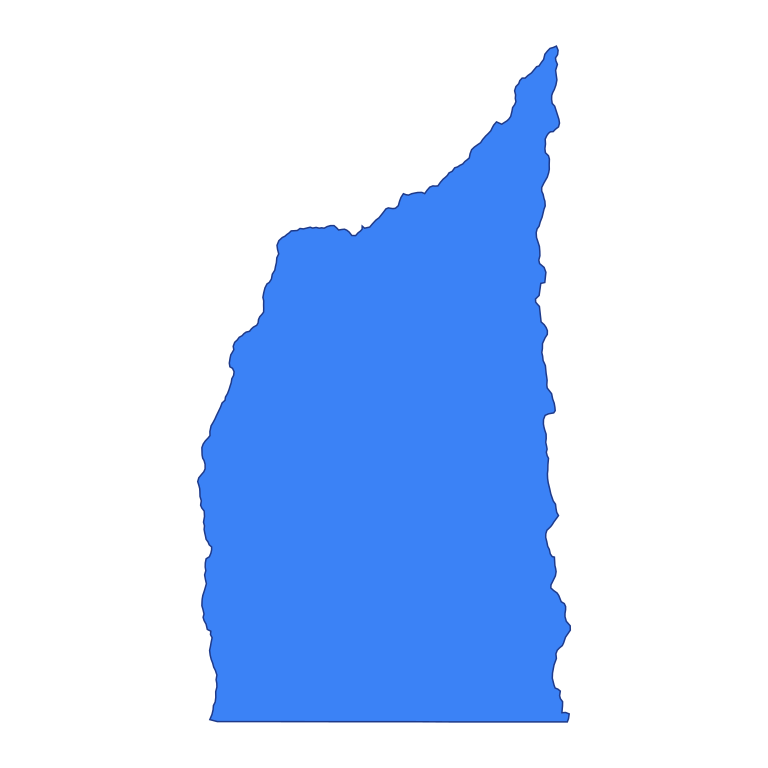 the district of Bom Jesus das Selvas, Maranhão, Brazil
{"feature_id": "56859067B7435472953251", "entity_name": "Bom Jesus das Selvas", "entity_type": "district", "adm_level": 2, "iso_a3": "BRA", "parent_name": "Brazil", "parent_adm1": "Maranhão", "projection": "equal_earth", "projection_center": [-46.671, -4.525], "detail": "fine", "context": "isolated", "style": "filled", "palette": "blue", "viewbox_px": 768, "rotation_deg": 0, "n_neighbors": 0, "source": "geoboundaries", "source_scale": "gbopen_adm2", "svg_char_len": 5212}
<svg xmlns="http://www.w3.org/2000/svg" viewBox="0 0 768 768"><path d="M217.4,721.6L226.3,721.6L229.1,721.6L270.0,721.6L339.9,721.7L379.6,721.7L412.6,721.7L451.6,721.9L521.3,721.9L567.3,721.9L568.5,718.7L569.2,713.9L565.6,712.5L561.9,712.7L562.5,706.1L562.6,701.7L560.4,698.7L559.6,695.7L560.3,691.1L558.0,689.2L555.1,688.0L554.0,685.0L552.3,678.2L552.5,673.1L554.0,665.0L556.4,658.5L555.9,653.8L557.3,650.2L559.5,647.9L562.3,645.6L563.6,642.9L565.5,637.2L570.3,630.2L570.2,625.8L566.3,621.3L565.0,616.7L565.0,613.5L565.6,609.7L565.6,606.5L564.3,603.6L561.2,601.7L558.8,595.6L557.1,593.0L553.6,590.5L550.8,587.9L551.0,584.8L553.1,580.6L555.4,575.9L556.1,571.7L555.6,568.4L554.9,565.5L554.4,557.1L552.2,556.6L550.3,553.9L549.3,549.4L547.7,546.3L546.8,541.7L545.7,537.4L545.8,533.8L546.9,530.3L550.7,526.6L552.3,524.5L553.7,522.2L558.5,515.6L556.7,512.3L556.0,508.4L555.5,504.2L553.2,500.9L550.8,493.9L549.6,488.4L548.2,482.7L547.6,478.5L547.4,473.8L547.8,470.2L547.9,464.8L548.5,458.3L547.2,455.8L546.3,452.2L547.1,449.2L546.6,446.3L545.7,442.3L546.2,438.7L546.1,434.1L544.7,429.9L543.9,426.8L543.4,423.9L543.5,419.5L545.1,415.4L548.6,413.8L553.7,412.9L555.2,410.7L554.9,407.3L554.2,403.2L552.7,399.1L551.6,393.7L547.2,388.0L546.8,384.9L547.1,380.2L546.6,376.4L546.1,373.3L545.4,365.7L544.3,363.1L543.1,360.6L542.6,356.0L541.8,352.6L542.4,348.7L542.5,343.5L545.1,337.8L547.3,334.4L547.4,330.7L546.1,327.5L544.2,324.7L541.1,321.9L539.4,306.4L537.4,304.2L535.7,302.2L535.5,299.0L539.1,295.5L540.8,283.4L544.8,282.5L545.9,272.3L544.1,267.4L539.6,263.6L538.8,260.1L539.9,255.8L539.8,251.3L539.4,246.4L537.7,241.1L536.5,237.5L536.2,232.6L537.1,228.9L539.1,226.1L540.2,222.0L542.1,217.2L544.0,209.2L545.2,206.0L544.9,201.2L544.0,198.5L543.1,194.3L541.7,191.1L541.7,187.5L543.8,183.2L547.3,177.1L548.7,172.6L549.3,169.2L549.2,164.8L549.4,159.1L548.5,155.8L545.4,152.7L544.9,148.6L545.5,144.1L545.2,139.1L546.9,135.5L548.5,133.3L550.4,131.8L553.2,131.6L555.4,129.3L558.5,126.9L559.5,123.1L558.9,119.3L556.4,111.5L554.7,106.2L552.2,103.4L551.6,99.4L551.7,95.5L552.7,92.6L554.3,89.5L555.9,85.1L556.9,79.9L555.6,70.4L557.4,64.4L555.9,60.8L555.5,57.9L557.6,54.6L558.1,50.3L556.4,46.1L553.2,47.5L550.0,48.4L547.4,51.1L544.9,54.2L543.6,59.5L541.3,62.5L539.0,66.0L536.6,66.7L534.3,69.5L531.5,72.9L527.9,75.5L525.1,78.1L522.1,78.1L519.8,80.6L518.7,83.7L515.9,86.6L514.6,90.8L515.6,94.9L515.3,98.4L515.9,101.7L514.7,104.6L512.6,107.6L512.0,111.1L510.7,116.4L508.9,119.0L506.9,120.9L504.2,122.6L501.7,124.2L499.2,123.1L496.5,121.9L493.7,125.1L492.4,127.5L490.8,130.8L488.4,133.4L485.7,136.0L482.6,139.6L480.6,142.7L477.8,144.6L474.3,147.1L471.6,149.7L470.1,153.7L469.3,157.9L467.0,159.9L465.0,161.4L462.7,164.0L459.8,165.4L457.6,166.9L454.7,167.8L452.2,171.3L449.0,172.9L447.4,175.4L445.4,177.3L443.1,179.2L440.4,182.3L437.9,185.9L435.3,186.1L432.9,185.9L429.8,187.1L427.1,190.2L424.7,193.6L421.8,192.4L417.7,192.5L414.5,193.1L411.7,193.7L408.5,195.1L406.0,194.7L403.4,193.7L401.0,197.4L399.6,201.1L398.3,205.7L395.4,208.3L392.9,208.6L390.6,208.3L388.3,207.9L385.9,208.9L383.6,212.0L381.4,214.8L379.0,217.8L375.9,220.1L372.3,224.0L369.7,227.1L367.2,227.6L364.6,228.2L362.2,226.1L362.1,229.2L360.4,231.1L358.1,232.8L355.6,235.6L351.8,235.5L349.2,232.1L346.8,230.2L344.5,229.2L341.7,229.5L338.6,230.0L336.6,227.8L334.0,225.6L330.6,225.6L327.1,226.6L324.2,228.2L321.6,227.8L319.2,228.2L316.1,227.4L312.7,228.1L310.2,227.2L307.4,227.9L303.4,228.9L300.0,228.5L297.3,230.5L294.4,230.7L291.2,230.9L289.0,233.0L287.0,234.4L284.8,236.3L282.3,237.5L278.9,240.6L277.0,245.3L277.5,249.2L278.7,253.9L276.8,257.8L276.4,262.7L275.5,266.4L274.8,270.2L272.3,274.2L271.4,279.1L269.2,282.5L267.0,283.9L265.0,287.8L263.7,292.9L262.9,297.4L263.7,300.8L263.6,305.0L263.7,308.6L263.6,312.1L261.9,314.4L259.8,316.7L258.5,319.5L258.1,322.9L256.7,325.3L253.4,327.1L251.4,328.9L249.5,331.3L246.1,332.1L244.0,333.6L242.1,335.7L239.2,337.3L237.3,339.9L234.7,342.3L233.2,346.3L233.8,349.7L232.4,352.2L230.8,354.8L230.1,358.1L229.3,363.1L229.9,366.8L232.5,368.3L234.1,371.7L233.6,375.4L231.8,378.8L231.2,382.7L230.1,386.1L229.1,389.4L227.5,393.6L225.5,397.0L225.0,400.3L222.1,402.9L220.5,407.2L218.2,412.0L216.4,415.7L214.8,419.3L213.0,422.6L211.1,425.8L209.9,431.5L210.0,435.6L208.1,438.0L205.4,440.8L203.2,444.0L201.9,447.6L202.0,452.0L202.1,455.1L202.7,458.2L204.1,460.6L205.1,464.3L205.1,468.9L203.8,471.8L201.4,474.6L198.8,477.8L197.7,481.6L199.0,485.8L199.7,488.6L199.9,491.6L200.0,496.4L201.3,500.8L200.6,505.2L201.8,508.0L204.2,511.1L204.5,516.5L203.5,522.2L204.5,525.8L204.1,529.4L204.7,532.7L205.4,535.7L206.1,539.3L208.0,541.9L209.2,544.8L211.6,546.9L211.6,549.9L210.9,553.1L209.4,556.7L206.1,558.8L205.3,562.9L205.2,567.1L205.8,570.7L204.6,574.9L205.4,579.3L206.4,583.7L205.6,586.5L204.5,590.3L202.8,595.5L202.2,599.0L202.0,602.1L201.9,605.8L203.0,609.6L204.0,614.0L203.1,617.3L204.1,620.6L206.1,624.2L207.3,629.4L210.8,631.2L210.5,634.6L212.1,637.7L211.1,642.6L210.4,646.6L209.6,650.4L210.2,655.2L211.2,659.3L212.7,663.2L213.7,667.1L215.3,670.2L216.9,675.0L216.1,679.8L216.8,683.4L216.9,687.0L215.7,691.7L215.8,697.3L215.2,702.0L213.4,705.6L213.1,709.7L212.0,714.4L209.8,719.6L217.4,721.6Z" fill="#3b82f6" stroke="#1e3a8a" stroke-width="1.5"/></svg>